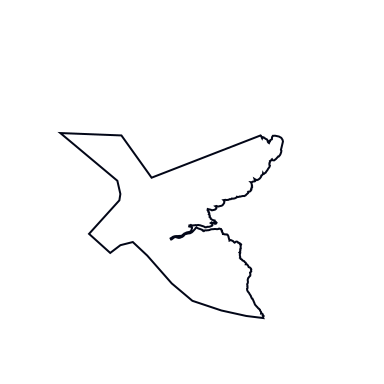 Imeong, Palau, rotated 132°
{"feature_id": "81905179B35739525053108", "entity_name": "Imeong", "entity_type": "district", "adm_level": 2, "iso_a3": "PLW", "parent_name": "Palau", "parent_adm1": "", "projection": "orthographic", "projection_center": [134.514, 7.531], "detail": "fine", "context": "isolated", "style": "outline", "palette": "ink", "viewbox_px": 384, "rotation_deg": 132, "n_neighbors": 0, "source": "geoboundaries", "source_scale": "gbopen_adm2", "svg_char_len": 5775}
<svg xmlns="http://www.w3.org/2000/svg" viewBox="0 0 384 384"><g transform="rotate(132 192 192)"><path d="M197.2,282.3L236.3,329.3L233.6,255.0L241.4,243.9L246.8,240.4L292.0,240.5L292.0,212.0L279.4,209.6L268.8,202.5L269.2,182.7L273.5,145.9L272.6,118.9L260.4,90.9L247.8,68.7L238.0,54.7L237.7,55.4L237.5,55.7L236.9,55.6L236.5,55.6L236.2,55.9L236.4,56.3L236.2,56.7L236.2,57.0L235.9,57.0L235.8,57.4L235.4,58.1L235.5,58.7L235.6,59.0L236.1,59.4L235.4,59.9L234.9,60.5L234.7,61.6L234.4,62.4L234.0,62.8L234.1,63.7L233.9,64.1L234.1,64.7L234.0,65.7L233.8,66.6L233.9,67.2L233.7,68.1L233.6,69.5L233.1,70.8L232.6,71.6L232.2,72.6L231.7,73.6L231.3,74.5L231.1,75.1L230.8,75.7L231.1,76.2L230.8,76.9L230.4,77.7L230.3,78.2L229.8,78.8L229.6,79.7L229.2,81.2L229.0,81.7L228.8,82.3L228.7,83.2L228.6,84.0L227.9,85.5L227.0,86.4L226.6,86.3L226.1,86.7L225.4,87.1L225.2,87.7L224.4,88.2L224.1,88.8L223.5,89.4L222.9,89.4L222.1,89.8L221.5,90.2L220.9,90.8L220.2,91.7L219.7,92.0L218.7,92.5L218.2,92.7L217.6,92.6L216.6,92.8L215.8,92.7L215.2,92.7L214.5,93.3L213.9,93.7L213.6,94.3L213.0,95.0L212.2,94.8L211.4,94.8L210.8,95.5L210.4,96.1L209.8,96.2L209.5,96.9L209.4,97.8L209.4,98.6L209.9,99.6L209.6,100.2L209.2,101.1L209.1,101.9L209.0,102.7L209.7,103.6L209.1,103.8L208.6,104.8L208.8,105.8L208.5,106.9L209.0,108.4L209.1,108.9L208.8,109.4L208.9,110.2L209.2,111.0L208.9,111.5L208.9,113.1L208.5,112.2L207.8,113.0L207.3,113.8L206.8,114.3L206.4,114.7L205.5,115.1L205.3,116.2L204.3,116.0L204.1,116.6L203.0,117.0L202.8,117.4L202.2,118.0L201.6,117.8L201.1,118.1L200.7,118.7L200.1,119.3L199.3,119.8L198.8,120.2L198.2,120.3L198.0,121.0L198.1,121.8L198.6,121.7L198.4,122.3L198.4,123.2L198.8,123.6L198.6,124.2L198.6,125.0L198.9,125.5L199.3,126.0L200.6,126.3L201.1,126.4L201.2,126.9L201.2,127.4L201.1,127.9L201.0,128.5L201.3,129.2L201.4,130.0L201.6,130.6L202.0,131.3L202.6,131.4L203.0,131.6L202.6,132.0L202.5,132.5L202.1,132.9L201.4,134.2L200.6,135.2L200.1,136.5L200.0,137.2L200.2,137.7L200.7,138.0L200.8,138.5L201.5,139.1L201.7,139.6L201.9,140.0L202.5,140.8L201.9,141.2L202.0,141.9L201.8,142.4L201.4,143.2L200.9,143.4L200.6,143.9L200.9,144.2L200.4,145.1L200.1,145.6L200.7,146.4L200.7,146.9L201.2,147.5L201.9,147.7L202.9,148.5L203.5,149.4L204.2,150.3L205.7,151.6L206.3,152.3L207.5,153.2L208.4,153.5L209.4,154.2L210.1,154.9L211.1,155.8L211.6,156.5L212.2,156.9L212.7,156.9L213.1,157.0L213.1,157.6L213.5,157.9L213.5,158.5L213.2,158.6L213.4,159.5L214.0,160.9L214.8,162.7L215.2,164.0L215.3,165.0L216.2,165.2L217.2,165.0L218.6,165.0L220.3,165.0L221.9,165.1L223.9,165.8L224.4,166.2L225.5,167.2L226.7,168.0L227.8,168.7L228.5,169.0L230.3,168.9L231.8,169.2L233.1,169.9L234.2,170.4L235.2,171.4L235.8,172.7L236.4,173.9L236.9,174.5L238.1,175.0L239.5,175.2L241.0,175.5L241.3,175.8L240.8,176.9L239.2,176.4L238.5,176.3L237.7,176.0L236.9,175.5L236.1,175.0L235.3,174.2L234.3,173.1L233.2,172.1L232.7,171.6L231.9,170.8L231.2,170.3L229.9,170.2L229.0,170.0L227.9,169.9L227.1,169.4L226.1,169.1L225.2,168.6L224.2,167.8L223.1,167.1L222.3,166.7L221.8,166.7L220.5,167.0L219.7,167.5L219.0,167.7L218.4,168.2L218.3,168.9L218.8,169.8L219.3,170.6L219.5,171.0L219.0,171.2L218.6,171.6L217.8,171.0L217.2,170.8L217.1,170.0L216.6,169.4L216.4,169.0L215.7,168.5L215.0,167.8L214.2,167.2L213.9,166.7L213.1,165.9L212.4,165.4L212.2,165.0L211.7,164.3L211.2,163.5L210.8,162.5L209.9,160.6L209.6,159.7L209.5,158.8L209.3,158.7L209.2,158.3L209.0,158.2L208.4,157.6L207.7,157.4L207.1,156.7L206.4,156.0L205.5,155.4L204.2,154.8L203.9,154.6L203.3,154.6L202.7,154.7L202.3,155.2L202.4,156.5L202.5,157.3L202.1,157.2L201.6,157.1L201.7,156.5L201.1,156.2L200.9,155.5L200.3,155.4L200.0,154.3L200.2,153.6L199.3,153.4L199.3,153.1L198.9,153.1L198.8,153.3L198.4,153.3L198.3,154.6L198.4,155.7L198.0,156.1L198.6,157.1L199.2,158.6L199.2,159.4L199.4,160.1L198.8,160.9L198.8,161.5L198.8,162.3L197.9,162.6L197.4,163.7L197.4,164.4L196.7,164.4L195.8,165.6L196.1,165.9L195.8,166.7L195.3,167.0L195.1,168.3L194.1,168.9L193.7,168.1L192.9,166.7L192.6,166.2L192.3,164.9L191.3,164.3L190.8,163.7L189.9,163.4L189.5,163.0L188.0,162.9L187.3,163.6L186.8,163.9L186.9,165.1L186.0,164.5L185.5,163.1L184.8,162.4L184.0,162.0L183.4,161.5L182.7,161.0L181.6,160.5L180.6,160.5L179.8,160.6L178.5,160.8L177.8,161.5L177.3,161.6L176.9,162.5L176.9,163.1L175.4,161.9L174.8,160.9L173.3,159.6L172.2,159.3L171.3,158.3L170.1,158.0L169.9,157.4L168.6,156.3L167.8,155.8L166.5,155.3L165.6,155.4L165.6,155.0L165.1,154.8L164.3,153.9L163.5,153.6L163.1,153.0L162.7,152.8L160.9,151.5L160.0,150.4L159.5,150.3L158.8,149.9L157.9,149.9L156.6,149.8L155.2,149.6L154.5,150.0L154.4,150.4L154.1,150.4L153.1,149.4L152.2,149.2L151.3,149.3L150.6,149.4L150.5,150.0L149.9,150.1L149.3,150.5L148.8,150.3L148.0,150.6L147.6,151.6L147.0,151.7L146.6,152.3L146.3,152.8L146.0,153.3L145.5,154.0L145.4,154.9L144.8,154.1L144.1,153.9L143.3,153.6L142.5,152.8L141.8,152.4L141.1,152.5L140.8,152.9L140.8,153.8L140.5,154.3L140.4,153.7L140.1,152.7L139.7,151.7L138.6,151.1L136.9,150.7L135.9,150.7L134.3,150.9L133.4,151.5L132.7,151.2L131.2,151.3L130.6,151.7L130.9,150.9L130.6,150.7L130.0,150.7L128.2,150.2L127.7,150.4L126.7,150.5L125.3,150.6L123.6,151.0L121.9,151.1L120.3,151.7L120.1,152.7L119.4,153.1L118.9,153.7L118.7,153.6L117.5,154.2L116.9,154.8L116.4,154.6L115.8,154.3L115.1,154.4L114.6,154.6L114.2,154.5L114.6,153.8L114.2,152.9L113.5,152.1L111.2,151.7L107.9,151.7L107.7,151.3L106.0,151.3L104.9,151.5L102.7,152.4L101.5,153.2L101.2,154.1L99.1,155.2L93.6,158.2L92.6,159.7L92.0,161.9L92.6,164.5L94.5,167.8L96.1,169.5L97.7,169.2L99.4,167.9L101.0,168.5L102.0,168.0L102.3,168.5L103.8,167.6L104.1,167.5L104.2,168.5L104.0,169.2L103.7,169.6L103.0,170.7L102.8,171.7L103.2,172.6L103.2,173.5L103.6,174.3L103.4,175.2L104.0,176.3L105.2,175.8L105.0,176.4L104.5,177.1L104.4,177.8L104.1,178.2L104.1,178.9L208.4,231.6L197.2,282.3Z" fill="none" stroke="#020617" stroke-width="2"/></g></svg>